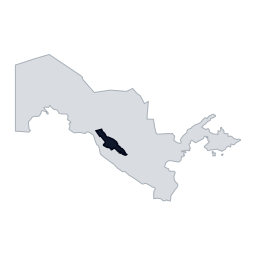 Peshku, Bukhoro, Uzbekistan shown in context
{"feature_id": "79887680B78868749126062", "entity_name": "Peshku", "entity_type": "district", "adm_level": 2, "iso_a3": "UZB", "parent_name": "Uzbekistan", "parent_adm1": "Bukhoro", "projection": "mercator", "projection_center": [63.754, 40.677], "detail": "fine", "context": "in_parent", "style": "filled", "palette": "ink", "viewbox_px": 256, "rotation_deg": 0, "n_neighbors": 0, "source": "geoboundaries", "source_scale": "gbopen_adm2", "svg_char_len": 4864}
<svg xmlns="http://www.w3.org/2000/svg" viewBox="0 0 256 256"><path d="M208.8,116.2L213.1,114.1L215.4,115.5L215.6,116.3L213.0,117.8L210.7,118.6L210.0,120.6L207.7,121.4L205.4,124.0L201.8,126.7L201.8,127.3L202.1,127.7L203.3,128.0L205.6,129.5L207.9,128.7L208.5,128.9L209.1,129.7L209.7,132.1L210.8,132.8L214.0,134.1L216.5,134.1L217.7,134.6L217.9,134.3L218.1,130.8L219.2,131.4L220.3,130.9L220.7,129.1L220.5,127.9L221.3,127.3L221.7,127.7L221.8,128.8L223.0,129.5L223.9,131.3L224.1,133.3L226.4,133.8L227.2,133.5L227.9,133.7L228.2,136.3L228.5,136.5L230.5,136.0L232.4,137.0L234.4,139.0L236.6,139.1L237.1,139.5L238.7,139.1L240.6,139.7L240.6,140.0L240.3,140.4L235.9,142.8L234.6,144.4L233.6,144.9L231.0,144.0L230.6,145.0L231.0,146.0L230.4,147.1L229.0,146.7L228.8,146.2L227.4,146.4L225.9,148.1L225.1,149.5L223.7,150.0L221.7,151.4L220.9,150.3L219.4,150.4L217.5,149.3L216.6,149.1L208.0,150.5L207.4,150.3L206.5,148.4L204.3,147.4L204.4,146.4L208.8,142.5L209.3,141.2L207.9,140.6L208.1,139.5L205.3,136.3L204.7,136.1L204.4,136.2L203.3,138.6L195.7,142.7L194.6,142.3L192.9,140.8L191.8,140.2L190.4,141.5L190.5,143.1L189.0,144.2L190.3,148.4L190.2,148.9L189.2,149.0L189.9,150.6L189.3,150.8L185.7,150.2L181.5,151.1L181.6,151.8L185.4,151.6L185.9,151.9L186.0,152.4L185.8,152.8L183.8,153.1L183.6,153.8L184.6,155.6L184.1,156.0L183.4,155.6L182.9,156.8L181.6,156.7L180.9,160.2L179.9,161.4L178.4,162.0L169.5,160.5L167.2,161.5L165.7,163.1L164.7,166.9L164.8,167.3L168.6,168.8L169.2,171.1L173.8,171.3L174.6,171.6L174.9,172.2L175.2,172.8L173.8,176.6L174.4,179.9L175.1,181.4L177.8,184.2L177.7,185.8L177.1,187.2L176.3,188.4L175.5,189.0L174.4,190.5L173.3,192.4L171.4,194.9L170.8,196.3L170.6,200.3L170.0,201.5L170.0,201.0L169.3,200.6L167.3,200.4L166.9,199.9L164.3,200.9L162.6,200.4L161.0,198.8L157.8,198.2L153.8,198.6L153.7,194.4L153.9,191.3L155.2,188.9L155.2,188.4L154.5,187.6L152.1,186.9L149.2,185.0L146.6,183.7L145.1,183.3L143.4,184.0L141.9,183.8L134.8,178.7L128.9,175.1L124.8,171.4L122.8,171.8L117.6,168.3L114.2,164.6L103.0,156.4L100.8,154.4L100.2,153.4L99.4,148.3L98.4,145.9L96.9,144.7L95.7,142.2L93.8,136.2L93.2,135.1L89.8,132.5L87.8,131.9L86.4,132.3L85.6,133.3L84.5,133.4L79.6,132.4L74.2,132.9L69.4,129.7L69.1,129.3L69.1,128.4L70.0,126.3L69.8,125.4L69.2,124.5L69.2,123.4L69.6,122.8L70.5,123.0L70.8,122.7L70.7,122.1L69.6,120.8L67.4,119.7L67.8,118.9L67.9,116.9L68.3,115.8L68.0,115.4L66.3,114.0L61.0,113.9L59.7,113.5L58.7,112.9L57.7,110.6L57.2,110.1L53.4,109.2L49.7,105.4L48.9,107.1L48.2,107.4L45.3,107.0L43.9,108.0L47.4,112.0L48.2,113.2L48.2,113.9L47.1,114.0L46.2,112.1L45.6,111.6L42.3,110.5L41.2,111.7L40.9,113.3L39.5,115.8L37.8,116.3L33.8,116.4L32.6,117.0L31.8,117.7L30.3,119.9L28.3,121.7L29.0,128.9L30.4,130.6L29.0,132.1L15.4,131.1L15.4,65.0L35.1,58.6L49.2,54.5L81.4,76.1L82.2,76.9L82.6,78.7L83.4,80.2L94.3,92.5L110.3,90.1L126.5,91.4L132.6,88.5L137.4,93.9L140.3,95.8L144.4,103.6L148.3,101.5L147.6,110.8L147.2,113.6L147.1,119.1L153.5,119.3L154.8,128.1L156.3,133.6L157.6,134.2L169.7,133.5L170.6,133.9L172.4,133.3L173.5,135.0L174.7,136.2L173.8,140.0L175.3,141.5L178.7,143.3L180.7,143.3L181.1,142.6L181.0,141.7L180.5,140.8L180.5,139.7L180.9,138.9L182.9,136.0L186.2,133.1L186.9,132.1L187.2,130.3L188.4,129.3L191.2,128.2L191.6,127.3L195.0,125.0L198.9,123.5L200.7,122.4L202.4,120.1L204.9,117.8L205.9,117.8L206.6,118.5L207.1,118.6L208.8,116.2ZM208.0,137.8L207.6,136.7L207.0,136.3L206.7,136.5L207.6,137.9L208.0,137.8ZM215.3,155.8L212.7,155.8L213.2,154.1L212.3,153.3L212.1,152.5L212.3,151.7L212.9,151.4L213.6,152.6L215.6,153.2L214.9,154.3L215.4,155.6L215.3,155.8ZM223.0,154.1L222.5,155.6L221.4,154.9L221.5,154.5L223.0,154.1Z" fill="#d9dde1" stroke="#a8b0b8" stroke-width="1"/><path d="M120.0,153.0L120.0,151.5L120.5,151.2L120.8,151.8L121.2,152.3L121.1,152.5L121.2,152.8L121.5,152.7L122.5,153.2L122.3,153.5L122.2,153.8L122.3,154.0L122.6,154.1L122.8,154.0L123.0,154.3L123.4,154.4L123.6,154.6L124.1,154.6L124.6,154.9L125.1,155.1L125.5,155.1L126.0,155.1L126.4,154.7L126.1,154.7L126.1,154.4L125.9,154.3L126.0,153.9L125.9,153.7L125.3,153.0L124.8,152.8L124.7,152.6L124.6,152.4L124.8,152.2L124.6,152.1L124.5,151.6L124.0,150.6L123.2,149.7L122.3,148.8L122.2,148.7L121.3,148.7L121.0,148.1L120.3,147.6L119.9,146.8L119.1,146.4L118.9,146.4L118.9,146.1L118.4,145.9L118.0,145.3L117.5,145.7L117.5,143.8L117.2,143.7L117.3,143.3L116.6,143.2L116.5,142.7L116.4,142.4L116.6,142.0L113.5,139.5L112.1,138.8L108.1,137.1L106.6,137.1L104.6,133.4L102.4,131.4L101.6,129.3L96.0,130.8L99.8,136.3L100.6,135.9L105.4,141.8L105.0,143.2L104.7,143.9L104.3,143.8L103.6,144.6L103.6,145.4L106.8,147.2L108.0,147.5L108.1,147.2L108.5,147.1L110.1,148.1L111.2,149.3L111.3,149.7L112.6,149.3L112.6,149.0L112.8,148.8L112.7,148.5L113.5,148.2L114.6,148.4L114.9,148.1L115.6,148.7L116.0,149.4L116.7,149.4L116.8,150.1L117.4,150.9L118.0,150.9L118.3,151.0L118.4,151.6L119.2,152.3L119.3,152.7L120.0,153.0Z" fill="#0f172a" stroke="#020617" stroke-width="1.5"/></svg>